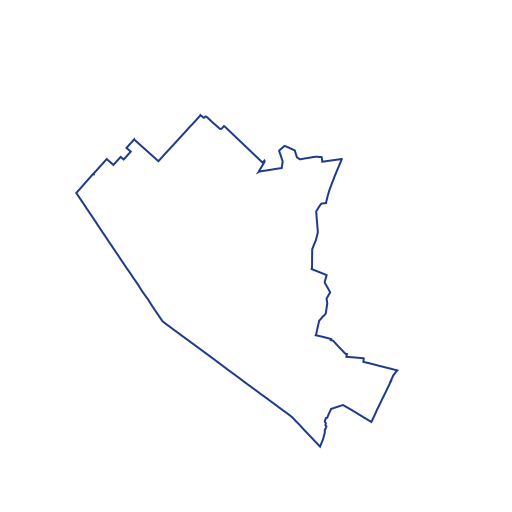 Negru Voda, Constanta, Romania, rotated 32°
{"feature_id": "2599482B98241930265461", "entity_name": "Negru Voda", "entity_type": "district", "adm_level": 2, "iso_a3": "ROU", "parent_name": "Romania", "parent_adm1": "Constanta", "projection": "albers", "projection_center": [28.293, 43.811], "detail": "fine", "context": "isolated", "style": "outline", "palette": "blue", "viewbox_px": 512, "rotation_deg": 32, "n_neighbors": 0, "source": "geoboundaries", "source_scale": "gbopen_adm2", "svg_char_len": 5343}
<svg xmlns="http://www.w3.org/2000/svg" viewBox="0 0 512 512"><g transform="rotate(32 256 256)"><path d="M277.3,128.3L274.8,130.4L262.3,140.9L262.0,140.5L261.7,140.2L261.1,139.5L260.6,138.8L259.9,138.1L259.4,137.4L258.8,137.6L258.0,138.0L257.4,138.4L256.4,138.9L255.5,139.3L255.1,139.5L254.8,139.6L254.3,140.0L254.0,140.3L253.7,140.5L253.4,140.7L253.0,141.1L252.1,141.7L250.3,143.4L245.8,147.3L243.0,149.9L242.2,150.6L241.8,150.7L238.6,150.7L238.4,150.6L234.3,147.1L232.9,145.9L232.3,146.0L231.4,146.1L229.0,146.4L225.2,146.9L223.3,147.2L222.7,147.3L222.0,147.6L221.8,147.8L220.9,150.7L219.8,154.1L219.8,154.3L220.1,154.8L223.0,157.1L225.3,159.0L226.8,160.3L227.9,161.1L228.3,161.5L228.5,161.8L228.9,162.6L229.0,162.7L229.1,162.8L229.1,163.0L229.2,163.3L230.2,165.6L231.2,167.8L229.4,169.3L228.2,170.3L227.3,171.1L226.0,172.2L224.1,173.9L223.0,174.9L221.8,175.9L221.0,176.6L220.0,177.5L218.9,178.4L218.0,179.2L217.2,179.8L216.5,180.5L216.1,180.8L215.8,181.1L215.3,181.5L214.7,182.0L214.4,182.4L214.0,182.8L213.7,183.3L213.7,183.2L213.6,181.3L213.5,179.9L213.5,177.0L213.4,173.5L213.3,172.3L213.3,171.6L213.3,171.4L213.2,171.1L213.0,170.9L212.8,170.8L212.6,170.7L212.6,170.8L211.9,173.3L206.6,172.2L187.7,168.3L160.9,162.8L160.0,162.8L159.4,165.9L159.3,166.3L159.0,166.8L158.7,166.9L158.2,167.2L157.8,167.3L154.5,166.7L148.3,165.7L142.4,164.5L141.5,164.4L140.5,164.2L140.3,164.2L139.8,164.2L139.6,164.2L139.4,164.3L139.2,164.4L139.1,164.7L139.0,165.1L138.9,165.9L138.7,166.2L138.5,166.4L138.2,166.4L137.8,166.5L136.2,166.2L135.8,166.2L135.4,166.2L135.1,166.2L134.7,166.2L134.4,166.2L134.2,166.1L134.2,166.9L134.1,167.4L133.7,169.7L133.1,173.2L132.7,175.2L132.3,177.2L132.0,179.0L131.6,180.5L131.3,182.0L130.3,187.8L127.0,205.7L124.9,216.6L123.0,227.3L91.0,221.8L90.9,221.7L89.3,230.7L88.9,232.7L88.9,233.0L94.5,233.9L92.6,244.3L88.7,243.7L86.8,254.3L78.0,252.9L77.1,258.3L76.1,263.7L75.2,269.1L74.6,272.1L75.2,272.7L74.8,273.0L74.7,273.2L74.6,273.3L74.3,273.3L72.3,285.0L72.0,287.2L70.2,297.8L75.4,300.1L80.4,302.3L85.2,304.5L85.6,304.7L88.7,306.1L89.2,306.3L94.1,308.5L99.1,310.7L104.1,313.0L108.9,315.2L112.2,316.7L118.6,319.5L121.3,320.8L126.3,323.0L131.2,325.2L135.3,327.0L139.2,328.7L143.2,330.6L147.4,332.4L151.5,334.3L155.6,336.0L159.8,337.8L163.8,339.7L168.0,341.4L172.1,343.3L176.2,345.3L177.4,345.9L181.9,347.8L187.8,350.2L193.5,353.0L198.4,355.2L203.4,357.4L207.4,359.2L211.4,360.9L215.4,361.3L220.8,361.7L226.2,362.2L228.8,362.3L231.8,362.6L237.3,363.0L242.8,363.4L248.0,363.8L253.5,364.2L258.7,364.6L264.2,365.0L269.3,365.4L274.8,365.8L279.9,366.3L285.4,366.7L290.5,367.2L296.0,367.6L301.2,368.0L306.6,368.4L311.8,368.9L317.2,369.3L318.3,369.4L322.5,369.7L327.1,370.0L332.6,370.5L338.1,370.8L342.7,371.2L348.1,371.6L353.2,372.0L355.6,372.2L360.8,372.6L365.5,372.9L368.6,373.2L372.0,373.5L377.2,374.9L382.4,376.1L387.6,377.6L390.4,378.3L392.7,378.9L395.0,379.5L400.2,380.8L403.8,381.8L407.9,382.8L411.3,383.7L409.8,375.0L409.0,372.9L407.9,369.2L407.6,368.7L406.7,367.5L406.6,366.6L406.4,366.3L406.5,365.9L406.4,365.1L406.2,364.2L406.1,363.7L406.0,363.3L405.9,363.1L404.8,362.8L404.6,362.8L404.3,362.2L404.2,361.8L404.1,361.3L403.9,361.0L403.7,360.8L403.5,360.6L403.3,360.5L402.9,360.4L402.5,360.2L402.2,360.0L402.1,359.9L401.7,358.9L401.2,356.3L402.1,355.4L401.3,350.9L401.3,350.7L401.3,350.4L401.3,349.9L401.2,349.3L401.2,349.2L401.1,348.7L401.0,348.2L401.0,347.6L400.9,347.1L400.9,346.8L400.8,346.5L400.7,345.9L404.7,341.1L408.7,336.3L411.7,336.2L416.2,336.0L418.8,335.9L420.9,335.9L423.5,335.8L426.9,335.8L429.7,335.8L433.5,335.8L435.2,335.7L437.3,335.7L438.3,335.7L440.5,335.6L441.3,335.6L441.7,335.6L441.8,335.6L441.3,331.0L440.3,323.4L440.1,322.5L439.7,318.1L438.9,310.7L438.1,302.9L436.9,291.9L436.8,292.1L436.7,292.0L436.7,291.9L436.6,291.5L436.5,290.4L436.4,289.9L436.3,289.4L436.2,288.7L436.1,288.1L436.1,287.4L436.0,287.1L436.0,286.7L435.9,286.2L435.9,285.9L435.8,285.5L435.8,285.2L435.7,284.7L435.7,284.4L435.7,284.1L435.8,283.8L435.8,283.2L435.9,282.9L435.9,282.3L436.0,281.7L436.0,281.0L436.0,280.7L436.1,280.1L436.2,279.5L436.3,279.2L436.3,278.8L436.3,278.6L436.4,278.2L430.2,280.1L419.8,283.5L414.3,285.2L409.3,286.8L403.2,288.9L401.7,285.8L401.5,285.7L392.4,290.3L390.5,291.3L388.4,292.4L386.1,293.6L385.0,290.9L383.8,291.5L383.7,291.5L381.4,291.0L378.8,290.3L374.8,289.3L371.1,288.3L366.4,287.0L364.0,287.7L363.7,286.6L363.2,286.8L359.4,287.9L357.0,288.7L356.8,288.7L352.5,290.2L348.8,291.5L348.8,291.4L348.0,289.1L346.3,284.4L345.5,282.1L344.0,277.7L343.8,277.3L344.0,277.0L344.5,274.1L344.6,273.3L344.5,272.3L345.0,271.5L345.3,270.2L345.6,268.1L345.6,267.8L344.5,265.2L342.6,260.8L341.8,258.8L341.6,258.5L340.8,257.5L338.8,255.2L338.5,254.7L338.4,254.4L338.3,252.2L338.2,249.1L338.3,248.2L338.3,247.9L338.2,247.6L338.0,247.4L333.3,244.8L328.6,242.3L328.3,242.0L328.0,241.5L327.6,240.4L326.9,237.6L326.2,235.3L326.0,234.8L320.1,235.8L310.1,237.6L309.8,236.5L308.0,233.4L305.5,229.4L300.1,220.5L299.3,216.3L298.4,211.1L298.4,210.8L296.0,203.4L295.8,203.0L283.6,186.6L283.4,185.6L283.4,183.0L283.4,180.5L283.5,178.0L283.6,177.5L283.9,176.8L284.1,176.6L287.4,174.0L287.1,173.4L286.7,172.4L286.4,171.4L286.2,170.7L284.9,166.9L283.6,162.2L283.0,159.6L282.8,158.5L281.6,152.8L280.9,148.8L280.7,148.2L280.3,145.8L279.4,140.5L278.4,134.2L277.4,128.4L277.3,128.3Z" fill="none" stroke="#1e3a8a" stroke-width="2"/></g></svg>